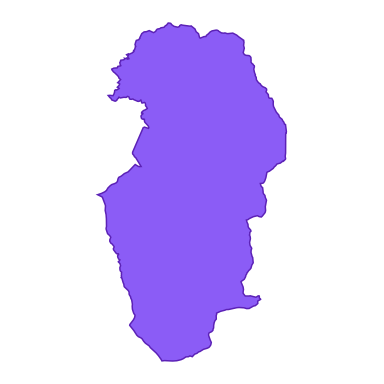 Alexandru Cel Bun, Neamt, Romania
{"feature_id": "2599482B4388035429906", "entity_name": "Alexandru Cel Bun", "entity_type": "district", "adm_level": 2, "iso_a3": "ROU", "parent_name": "Romania", "parent_adm1": "Neamt", "projection": "natural_earth1", "projection_center": [26.258, 46.915], "detail": "fine", "context": "isolated", "style": "filled", "palette": "violet", "viewbox_px": 384, "rotation_deg": 0, "n_neighbors": 0, "source": "geoboundaries", "source_scale": "gbopen_adm2", "svg_char_len": 5938}
<svg xmlns="http://www.w3.org/2000/svg" viewBox="0 0 384 384"><path d="M246.6,308.6L249.1,308.5L253.6,306.0L255.2,305.7L255.9,305.2L257.8,303.5L257.7,301.1L260.6,299.4L260.5,299.0L259.5,298.1L259.3,297.6L259.3,296.2L259.0,295.8L257.9,296.0L256.6,296.9L255.8,297.2L250.2,295.8L249.2,296.0L245.2,296.0L243.2,293.4L243.1,292.1L243.5,289.5L243.1,287.0L241.0,281.9L241.0,281.6L244.3,279.2L245.6,276.7L245.8,275.4L246.8,273.7L247.1,272.6L247.6,272.2L248.7,270.6L249.7,269.7L250.9,268.3L251.9,264.9L253.2,262.8L252.7,257.5L252.1,256.5L251.0,252.4L251.2,249.7L251.6,249.0L251.7,248.2L250.2,245.7L249.9,244.7L249.6,242.3L250.4,238.8L250.3,237.5L250.0,236.0L249.4,235.0L249.8,234.3L249.8,232.4L250.9,231.3L250.9,230.8L250.6,230.0L248.6,227.7L248.1,226.5L248.0,224.3L247.0,222.2L246.4,220.0L247.8,219.7L249.5,218.5L253.3,216.7L257.4,215.7L259.1,216.6L261.3,217.0L262.3,216.1L264.8,213.0L265.3,212.0L265.6,210.4L265.3,206.7L266.5,200.2L265.3,197.5L264.9,195.4L263.6,193.9L263.1,192.7L263.1,191.6L262.6,187.6L261.6,186.8L261.0,185.9L260.3,183.5L262.9,183.2L263.6,182.7L264.3,181.7L264.8,180.8L265.9,177.6L266.9,172.4L267.4,172.0L269.4,171.2L273.2,168.4L274.3,166.9L275.6,165.8L277.0,164.0L280.3,163.1L283.2,160.9L283.4,161.2L283.8,160.9L285.4,159.3L285.6,158.8L285.2,156.3L285.6,153.1L285.7,134.4L285.9,133.0L286.2,133.1L286.4,131.6L285.5,124.5L284.5,124.1L283.8,122.1L282.7,120.7L282.1,119.3L279.7,117.3L279.3,116.7L278.8,115.0L276.3,112.1L273.5,106.4L273.2,104.1L273.3,101.3L272.5,99.5L271.8,98.3L269.6,98.2L268.8,97.7L268.5,96.3L268.3,94.5L266.0,91.9L266.7,90.0L266.5,88.9L265.3,87.8L262.6,86.6L261.8,85.9L260.6,84.6L260.3,83.9L258.9,83.0L257.7,81.7L256.4,79.7L256.2,77.3L255.2,75.7L255.4,74.9L254.5,72.6L253.8,69.2L254.0,68.6L253.9,68.2L254.4,66.9L254.3,66.0L254.2,65.6L253.5,65.2L253.1,64.3L252.0,63.5L251.0,62.2L251.1,60.5L250.9,57.4L250.2,56.4L249.1,55.6L245.9,55.3L244.4,54.6L243.2,52.7L244.3,48.2L243.6,45.5L244.0,42.0L243.4,40.7L243.7,40.3L238.7,36.8L236.7,35.1L232.8,33.1L228.1,33.6L227.1,33.6L224.9,32.9L224.0,33.2L221.4,32.9L218.7,31.2L218.3,30.7L216.9,30.1L215.5,30.2L212.0,30.9L210.2,31.9L208.4,33.8L206.5,35.3L205.9,36.5L204.0,36.6L200.3,38.1L199.6,37.7L198.5,33.7L196.1,31.7L195.0,29.0L191.1,25.9L190.3,26.2L182.7,25.2L181.1,24.8L179.7,25.6L179.5,26.5L177.7,27.2L173.9,26.3L171.5,24.5L170.9,23.5L170.2,23.2L168.2,23.0L166.6,25.0L165.2,25.9L164.0,27.3L160.9,27.8L159.8,28.6L157.3,29.1L156.3,30.1L155.7,31.3L154.4,32.2L153.5,32.6L149.2,30.6L146.4,31.7L144.1,31.9L141.8,33.6L139.8,37.7L139.9,38.3L139.3,38.8L138.8,39.7L136.3,40.4L135.5,42.7L135.0,44.7L135.4,45.4L135.3,46.2L135.7,46.7L135.3,47.2L134.6,49.6L133.6,50.5L134.0,51.2L133.4,52.1L132.8,52.2L132.4,52.8L130.4,53.7L129.0,54.2L128.3,53.8L127.9,54.2L126.5,54.7L126.6,54.9L126.9,55.0L128.1,54.7L128.4,55.1L128.4,55.3L128.0,55.4L127.8,56.4L128.1,56.7L128.2,58.1L128.9,58.4L128.9,58.8L127.8,59.0L128.1,58.1L127.7,57.9L127.4,58.6L127.1,58.6L127.2,58.0L126.8,57.9L125.5,58.6L124.5,58.3L124.7,58.9L123.8,59.8L120.8,60.2L120.6,60.5L120.6,61.5L120.0,62.1L119.8,62.6L120.2,64.6L120.8,65.5L120.7,65.8L117.8,66.4L117.6,66.7L117.6,67.5L117.0,67.9L113.9,68.1L111.7,69.1L111.9,69.8L113.5,71.9L114.6,72.7L117.4,75.4L118.5,76.7L118.9,78.0L120.6,79.6L117.7,82.7L118.7,83.1L119.7,84.0L118.9,85.6L117.3,87.2L118.8,88.1L119.1,88.5L116.7,90.0L115.9,89.7L114.7,90.4L114.5,92.5L114.2,93.0L114.1,93.7L113.0,95.7L110.0,95.3L108.2,95.5L110.0,97.7L111.0,98.4L111.7,99.9L115.1,101.2L115.8,101.0L116.9,100.2L117.0,99.6L118.4,98.1L118.8,97.2L119.1,97.2L120.2,97.9L120.6,97.9L123.8,97.3L126.1,97.4L126.8,97.1L127.2,96.5L127.7,96.4L129.0,97.0L129.4,98.5L129.9,99.2L131.4,99.3L132.9,99.0L133.7,99.6L137.7,101.3L138.4,101.4L139.6,101.1L140.6,100.1L140.9,100.1L141.8,102.9L142.7,103.0L144.3,102.4L145.1,102.9L145.6,104.5L145.5,105.7L146.7,107.2L147.3,108.5L145.3,109.8L143.4,110.6L141.8,112.1L141.5,113.0L141.8,113.3L142.7,113.3L142.9,113.8L141.5,115.1L141.0,116.0L141.0,116.4L141.5,118.4L142.2,119.0L143.5,119.4L143.6,119.1L144.4,119.3L144.5,121.3L144.9,122.3L148.1,125.8L148.6,126.8L148.8,127.8L148.4,128.4L144.5,127.1L143.2,127.7L132.6,152.2L132.6,153.7L132.9,154.3L133.6,155.0L134.5,156.7L135.8,157.8L141.1,166.5L139.3,166.6L138.3,166.4L135.2,164.5L128.1,171.9L124.3,173.6L121.4,176.0L118.7,177.4L118.0,178.9L117.4,181.5L116.2,182.8L114.6,183.6L111.9,184.5L110.3,185.6L107.9,188.0L106.5,190.4L104.8,191.8L101.5,193.4L97.6,194.7L101.5,196.6L102.4,197.3L105.0,204.2L105.5,205.8L105.2,210.5L106.1,214.7L106.4,218.9L106.5,226.4L106.1,228.3L106.2,229.4L107.6,233.7L109.6,235.5L110.8,237.2L109.8,239.8L109.8,241.3L110.8,243.1L112.1,244.0L114.0,246.4L114.1,247.1L113.3,248.9L113.7,250.0L116.1,253.2L116.9,253.8L118.3,253.7L118.6,254.1L118.5,254.8L117.9,255.1L117.6,256.0L117.8,257.2L118.6,259.0L119.9,259.9L119.2,261.0L118.4,261.5L118.3,261.8L120.0,263.6L120.6,265.8L119.9,267.4L119.9,268.3L120.0,269.9L120.4,271.0L121.6,272.2L121.4,273.2L121.5,274.8L121.3,275.9L121.6,277.0L121.1,277.6L121.9,278.3L123.1,282.5L123.8,284.1L124.1,286.3L124.4,286.9L128.2,290.5L128.8,291.5L129.1,292.3L129.1,294.1L129.5,295.1L130.6,296.8L130.7,297.9L131.7,300.0L132.4,304.2L132.2,306.2L132.4,309.2L133.5,312.7L134.0,313.8L134.8,314.8L135.0,315.7L134.5,317.8L133.3,320.0L129.9,324.4L129.7,325.4L133.8,330.5L136.8,335.2L138.4,336.7L140.6,337.7L142.0,338.7L143.7,341.3L145.4,343.2L149.2,345.9L150.3,347.6L156.1,352.9L158.5,355.7L161.1,359.4L161.9,360.9L164.6,360.6L172.6,361.0L176.9,360.7L181.0,359.7L183.4,358.6L185.9,356.9L188.5,356.7L189.9,355.9L192.3,356.7L194.6,354.2L197.0,353.3L198.6,351.9L199.8,351.6L203.5,349.3L207.0,348.3L208.8,347.5L209.7,346.6L210.8,344.9L211.3,342.4L210.2,340.0L208.7,335.7L208.6,334.8L208.7,333.7L209.2,332.8L211.6,331.7L212.9,330.4L213.1,329.0L213.6,328.0L213.7,325.2L214.2,322.6L215.0,320.6L216.3,319.1L216.2,316.3L216.2,315.5L216.6,314.5L216.6,313.1L220.6,311.3L224.9,310.2L226.2,309.6L228.6,309.5L236.7,307.7L239.0,307.5L244.0,307.8L246.6,308.6Z" fill="#8b5cf6" stroke="#5b21b6" stroke-width="1.5"/></svg>